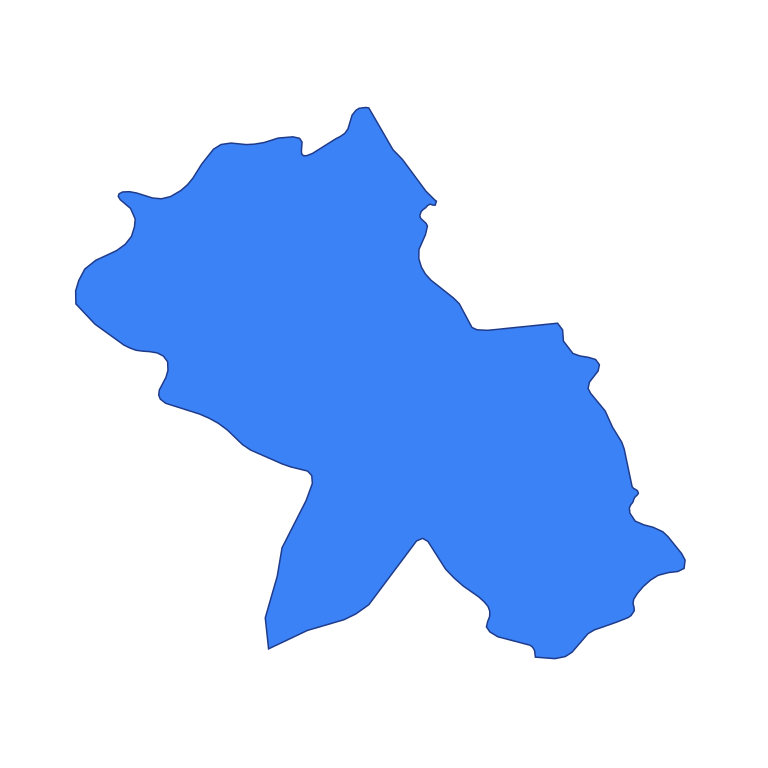 SVG path tracing the border of Hà Giang, rotated 95°
{"feature_id": "VNM-512", "entity_name": "Hà Giang", "entity_type": "Province", "adm_level": 1, "iso_a3": "VNM", "parent_name": "Vietnam", "parent_adm1": "", "projection": "robinson", "projection_center": [104.964, 22.767], "detail": "fine", "context": "isolated", "style": "filled", "palette": "blue", "viewbox_px": 768, "rotation_deg": 95, "n_neighbors": 0, "source": "natural_earth", "source_scale": "10m", "svg_char_len": 2405}
<svg xmlns="http://www.w3.org/2000/svg" viewBox="0 0 768 768"><g transform="rotate(95 384 384)"><path d="M533.2,68.7L541.6,69.0L545.2,75.0L547.1,84.3L550.7,94.2L556.1,101.4L563.2,108.1L570.5,113.3L576.7,116.5L581.1,116.8L584.5,115.5L588.0,114.9L593.2,117.7L595.5,120.6L601.4,132.4L601.4,132.5L610.7,153.1L615.0,159.1L634.7,173.2L636.6,175.6L639.7,179.6L642.7,189.8L642.9,209.4L636.7,210.7L634.8,211.8L633.0,213.4L631.5,215.8L625.9,248.6L621.7,257.0L617.0,260.8L611.6,260.0L606.4,258.5L601.2,258.8L596.5,261.0L592.1,265.4L587.8,271.1L578.4,287.4L571.3,297.1L563.0,306.6L537.0,326.5L534.4,332.1L537.5,337.9L605.2,379.9L615.5,392.0L622.3,403.3L636.1,438.7L657.9,475.9L627.3,481.9L584.8,473.6L556.1,471.3L506.8,451.4L489.3,446.7L481.6,448.0L477.4,452.5L474.8,469.3L472.6,478.2L461.5,511.0L456.7,519.7L443.5,536.0L437.6,545.6L433.3,555.3L430.0,565.2L422.3,599.7L418.6,605.5L414.6,607.5L409.5,607.3L396.4,601.8L389.2,600.4L380.7,601.5L375.4,606.2L372.8,612.6L372.2,620.1L372.3,627.3L372.0,634.0L370.3,640.2L367.9,646.5L349.6,677.1L331.1,697.9L318.1,699.3L307.5,697.1L295.6,692.1L285.9,682.0L274.4,662.0L267.3,653.9L258.9,648.4L249.3,646.3L241.4,646.2L231.2,651.8L223.5,662.7L220.3,665.1L217.6,664.5L215.5,661.2L214.6,654.2L215.3,647.0L218.9,630.7L218.9,621.9L215.9,613.0L209.1,603.4L202.6,597.1L195.7,592.4L180.5,584.6L164.9,574.3L159.6,567.2L157.3,557.4L157.5,542.0L156.4,534.3L153.9,524.5L148.2,510.8L145.7,496.3L146.6,489.5L150.2,486.7L158.7,486.6L161.8,486.1L163.6,484.2L163.3,480.9L160.5,475.3L143.9,453.4L141.0,448.8L137.7,444.9L132.9,442.1L118.9,439.2L113.9,435.9L111.5,432.8L110.1,426.2L110.3,423.2L149.8,395.5L158.8,385.1L188.2,359.1L196.3,349.4L197.3,347.7L201.4,348.6L201.5,350.9L200.8,353.8L202.4,356.1L205.0,358.1L206.8,360.2L209.0,362.0L213.2,363.0L215.8,361.9L220.4,356.0L222.9,354.5L231.6,355.7L246.9,360.9L256.2,360.2L264.2,357.0L270.8,352.4L276.6,346.1L292.4,322.1L297.5,316.0L320.0,301.3L321.9,296.1L321.5,285.5L308.3,216.4L314.5,210.8L325.6,209.0L337.1,198.5L339.0,191.2L339.6,182.8L341.1,175.4L346.0,171.1L352.3,171.8L364.2,179.5L370.6,180.3L375.2,177.4L391.6,161.3L407.1,152.6L421.2,142.1L427.7,139.1L464.6,127.9L466.2,126.4L467.1,124.2L468.2,122.2L470.6,121.1L471.9,121.6L475.2,124.4L476.7,125.0L480.1,125.8L482.8,127.6L486.0,128.8L491.2,127.8L498.7,121.8L501.6,113.2L503.3,103.3L507.0,93.2L511.4,87.7L527.0,72.7L533.2,68.7Z" fill="#3b82f6" stroke="#1e3a8a" stroke-width="1.5"/></g></svg>